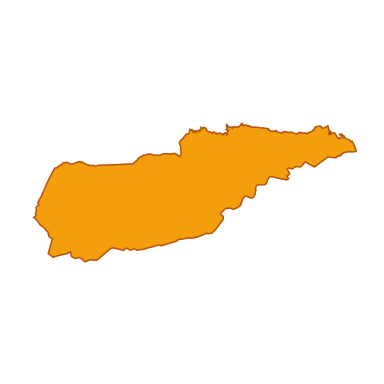 outline of Budeasa, Arges, Romania, rotated 288°
{"feature_id": "2599482B19547720814446", "entity_name": "Budeasa", "entity_type": "district", "adm_level": 2, "iso_a3": "ROU", "parent_name": "Romania", "parent_adm1": "Arges", "projection": "albers", "projection_center": [24.821, 44.946], "detail": "fine", "context": "isolated", "style": "filled", "palette": "amber", "viewbox_px": 384, "rotation_deg": 288, "n_neighbors": 0, "source": "geoboundaries", "source_scale": "gbopen_adm2", "svg_char_len": 6017}
<svg xmlns="http://www.w3.org/2000/svg" viewBox="0 0 384 384"><g transform="rotate(288 192 192)"><path d="M172.4,54.2L167.9,53.2L155.5,51.3L145.8,50.5L144.3,50.1L141.3,50.1L137.9,49.2L133.7,48.7L132.6,50.5L130.4,48.9L129.0,48.5L128.4,48.8L127.2,49.1L125.9,50.0L123.4,49.7L120.9,50.9L118.9,49.3L118.3,51.2L117.0,53.4L116.8,54.0L116.2,54.9L115.7,55.2L114.8,56.4L113.7,57.9L112.8,60.3L112.2,62.7L110.3,65.1L110.1,65.7L110.1,66.3L109.7,67.1L108.1,68.0L105.4,69.9L105.1,70.5L104.7,72.0L104.5,73.7L89.0,74.3L87.0,80.0L89.9,84.0L94.7,92.0L96.1,93.6L97.6,95.0L93.6,97.1L93.4,97.4L93.4,98.2L93.2,98.9L92.8,99.7L92.8,101.7L93.0,102.3L94.2,103.5L94.7,104.8L94.0,108.8L93.5,109.5L92.8,110.9L92.6,111.7L92.7,112.1L93.0,112.6L94.2,113.6L94.7,114.6L95.8,115.4L97.6,122.4L97.9,122.7L100.4,124.4L102.4,125.5L112.6,131.7L113.4,132.4L114.2,133.6L114.5,134.4L115.4,145.1L115.6,145.4L116.9,145.8L118.0,146.5L118.3,147.1L118.3,147.8L117.8,149.6L117.7,151.2L118.3,152.5L119.3,153.4L119.9,154.6L120.1,155.9L119.7,157.5L119.8,158.5L120.4,159.5L120.7,159.7L121.6,161.4L122.0,162.9L124.6,166.4L126.5,169.6L129.3,173.8L130.6,175.4L131.2,176.6L131.3,177.4L131.3,179.2L132.1,180.5L140.6,192.6L142.1,193.3L142.8,194.2L144.4,197.7L146.3,201.1L147.6,204.4L148.2,206.3L150.3,210.3L154.5,215.5L156.6,217.7L157.1,218.7L157.6,220.9L158.0,221.9L158.9,223.5L162.3,225.5L164.0,226.2L175.5,230.1L178.6,229.1L179.3,226.9L180.4,225.8L181.7,226.3L186.6,229.1L188.4,232.7L188.3,236.8L190.7,239.5L192.0,240.7L193.6,241.9L195.6,242.3L199.8,242.3L202.6,242.9L204.2,243.6L204.9,245.2L204.7,246.9L204.5,247.7L204.6,250.3L205.3,251.6L207.1,252.5L209.1,252.7L213.5,252.2L215.3,251.2L218.4,251.5L219.0,252.3L221.7,259.4L223.6,260.1L226.7,260.1L229.7,260.8L230.7,261.5L231.4,264.5L232.1,273.4L232.5,275.2L232.7,276.7L232.4,277.1L233.0,278.5L234.5,279.8L236.6,277.2L236.8,277.6L238.3,278.7L239.5,279.3L243.1,275.4L244.7,276.6L245.0,280.5L248.1,282.6L249.5,287.7L255.6,290.4L253.6,300.7L267.4,310.5L269.0,318.4L269.5,318.8L270.0,318.5L271.5,319.8L271.2,320.1L272.9,322.4L273.4,321.8L277.1,325.2L278.7,328.7L279.9,332.8L281.3,335.5L282.3,335.2L284.3,333.6L288.4,330.1L289.7,328.5L288.9,327.9L288.9,327.5L289.7,326.6L290.1,325.5L290.6,321.1L290.2,319.6L291.2,320.0L291.7,319.9L292.1,319.6L292.4,318.8L292.6,316.9L293.3,316.7L292.6,314.4L292.1,314.5L292.1,316.3L291.9,317.7L291.6,318.0L291.2,318.0L290.3,317.2L290.0,316.8L289.7,316.1L288.2,315.9L288.5,314.2L288.7,314.3L289.2,312.8L290.0,312.4L291.1,310.7L291.9,309.9L292.4,308.9L289.0,304.8L290.4,303.9L291.6,306.0L292.6,305.0L291.6,304.1L297.0,300.7L296.8,300.5L295.9,300.0L295.5,299.5L295.4,299.2L294.2,298.3L293.1,297.1L293.3,295.1L294.0,294.8L294.3,294.2L294.1,293.6L294.1,292.9L293.9,292.9L292.6,290.1L292.1,289.5L291.7,289.4L291.2,288.9L290.9,289.2L289.0,288.7L288.9,289.0L288.5,288.9L288.0,287.8L287.6,287.8L286.7,287.3L285.8,286.3L284.5,284.3L283.7,284.7L282.8,283.3L282.9,283.0L283.3,282.2L283.2,281.4L281.8,277.7L282.2,277.5L282.3,276.9L281.3,274.9L280.5,274.7L280.2,274.3L279.7,274.3L279.6,273.0L279.7,272.7L279.4,271.7L279.4,270.8L279.8,269.5L279.6,268.0L279.4,267.2L278.8,266.5L278.7,266.0L278.5,265.6L278.3,262.5L278.1,261.9L277.8,261.6L278.0,261.3L277.8,260.7L277.3,260.8L277.1,260.2L276.2,259.8L276.1,259.4L275.5,256.0L275.4,253.9L276.5,253.5L276.0,252.3L275.3,252.3L275.2,251.3L274.7,249.7L274.2,247.5L274.4,247.3L274.6,246.6L274.5,246.0L274.7,245.6L275.5,245.6L275.7,244.6L275.6,242.9L275.0,241.3L275.0,240.0L274.8,239.4L274.4,238.8L274.1,237.8L274.1,235.7L273.9,235.2L273.3,232.0L272.6,230.6L272.5,230.4L272.6,229.8L272.0,228.8L271.7,227.9L272.5,227.4L272.3,226.5L272.5,225.9L272.3,225.8L272.4,225.5L272.3,225.3L272.5,225.2L272.4,225.0L271.8,224.9L271.7,224.4L272.1,223.9L272.4,223.5L272.4,223.0L272.2,222.2L271.8,221.4L271.2,220.8L270.9,219.8L271.1,219.6L272.2,219.4L272.5,218.8L272.6,218.2L272.4,217.8L271.8,217.7L270.5,218.2L270.1,217.3L269.4,216.9L268.9,216.8L268.3,216.2L268.1,215.1L267.6,214.3L267.2,213.9L267.1,211.8L266.3,211.0L266.2,210.4L265.1,210.7L265.7,209.2L265.7,208.6L264.9,207.6L265.4,206.4L265.5,205.8L266.0,205.5L266.1,204.7L266.6,204.8L266.9,204.2L266.6,203.9L266.2,203.9L262.6,206.3L261.9,205.1L261.5,206.2L261.5,207.7L261.0,207.3L258.7,207.2L258.0,207.9L257.0,207.4L258.4,206.6L258.8,205.4L257.7,204.9L257.4,204.2L257.2,204.5L256.4,204.5L256.5,203.7L255.9,203.2L256.2,202.0L256.8,201.0L256.4,199.8L255.6,198.9L255.9,198.3L255.7,198.0L254.9,197.5L254.8,197.1L255.3,196.7L255.3,195.7L256.0,194.7L256.0,194.4L255.6,194.0L254.4,193.5L254.1,193.1L254.1,192.7L254.7,192.3L254.8,191.9L254.7,189.8L254.5,189.3L254.5,188.6L254.7,188.1L255.0,186.6L255.4,186.3L256.2,186.4L256.5,186.2L256.9,185.1L257.2,183.9L257.1,183.3L256.4,183.4L256.0,183.0L256.3,182.1L256.1,181.8L256.1,181.4L256.4,180.6L254.5,181.0L253.6,181.4L253.6,180.5L253.4,180.0L253.2,179.8L251.9,180.3L252.1,179.2L252.1,178.6L251.6,177.7L250.7,177.4L249.8,177.6L249.8,177.2L250.9,176.4L251.1,176.1L251.0,175.7L249.3,175.0L249.1,174.7L251.1,173.7L250.6,172.6L251.2,172.4L251.0,172.2L250.9,171.4L251.0,171.1L251.0,170.8L250.6,171.0L250.4,170.9L250.2,170.7L247.1,170.9L246.0,170.4L245.6,169.4L245.3,168.8L239.0,166.2L237.0,165.0L234.4,164.8L232.1,167.1L227.2,168.9L225.8,169.8L221.9,169.6L221.9,169.2L222.5,167.8L222.8,166.3L223.3,165.1L223.4,163.9L222.9,162.5L221.1,158.9L221.0,157.4L220.8,156.6L220.5,156.1L220.0,154.0L218.8,151.9L216.9,150.1L215.9,146.3L215.3,145.1L215.3,141.6L215.0,140.5L214.8,139.2L214.3,138.0L213.3,137.2L212.3,135.8L211.9,134.3L211.7,133.9L210.0,132.8L208.8,131.5L207.0,130.3L205.3,130.0L204.2,129.1L203.6,129.1L202.3,128.0L201.5,127.6L200.9,127.4L200.5,127.0L193.3,108.1L188.9,95.8L188.4,94.7L187.6,93.8L187.0,92.8L186.8,91.6L186.8,90.0L186.1,87.7L185.3,86.1L185.8,85.6L185.8,84.6L185.6,83.8L185.6,82.9L186.0,81.6L186.1,79.5L186.5,78.8L186.2,75.2L184.5,73.5L184.1,72.5L182.8,71.4L182.3,70.8L181.3,68.7L181.0,67.8L181.3,66.3L181.2,65.3L181.6,64.1L181.1,63.3L180.2,60.8L179.7,60.2L179.1,59.9L178.1,59.8L177.0,58.7L176.5,58.0L173.1,55.9L172.4,54.2Z" fill="#f59e0b" stroke="#b45309" stroke-width="1.5"/></g></svg>